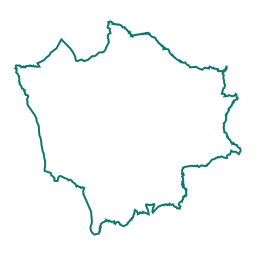 Mafeteng, Mafeteng, Lesotho (Albers equal-area conic projection)
{"feature_id": "5366337B69820143482286", "entity_name": "Mafeteng", "entity_type": "district", "adm_level": 2, "iso_a3": "LSO", "parent_name": "Lesotho", "parent_adm1": "Mafeteng", "projection": "albers", "projection_center": [27.27, -29.817], "detail": "fine", "context": "isolated", "style": "outline", "palette": "teal", "viewbox_px": 256, "rotation_deg": 0, "n_neighbors": 0, "source": "geoboundaries", "source_scale": "gbopen_adm2", "svg_char_len": 5769}
<svg xmlns="http://www.w3.org/2000/svg" viewBox="0 0 256 256"><path d="M110.2,21.4L108.2,22.2L108.3,22.7L109.0,23.6L107.7,26.2L107.6,27.2L107.8,27.7L110.0,28.9L109.6,30.2L110.5,33.1L109.2,33.7L107.9,35.0L107.8,37.4L108.6,39.6L108.4,40.8L109.0,41.9L105.9,48.0L105.6,49.4L103.9,51.7L102.9,52.3L99.1,52.4L95.6,55.7L93.7,56.3L92.3,56.1L87.8,59.9L84.2,61.1L81.4,59.5L77.9,61.0L75.9,60.6L75.0,56.4L73.1,52.5L70.4,48.6L61.4,39.4L56.5,48.4L50.5,52.8L49.2,55.5L46.6,57.3L43.8,60.4L37.5,63.2L39.4,66.6L37.2,66.8L35.5,66.3L34.8,66.6L33.9,66.3L33.5,65.7L32.9,66.3L31.7,66.2L31.3,65.8L30.8,66.0L30.0,65.4L29.3,65.9L26.4,66.0L26.3,66.5L25.1,67.4L24.7,67.3L24.7,66.8L23.5,67.2L23.2,66.6L21.3,67.3L20.8,66.2L19.7,65.5L19.0,65.7L16.9,65.4L15.9,65.6L15.8,68.0L15.4,68.4L16.7,68.9L16.4,69.6L16.7,70.6L16.1,72.2L17.8,74.0L19.0,76.6L19.3,78.8L19.1,81.7L19.7,82.4L19.6,84.0L21.5,86.6L21.9,88.3L23.7,89.4L24.1,90.4L24.6,90.4L24.1,91.1L25.1,92.6L24.9,93.5L25.4,93.6L25.8,95.1L27.8,95.3L28.3,96.3L27.0,99.4L27.6,102.4L27.3,103.4L27.8,105.2L34.9,115.3L36.3,118.4L36.7,121.3L38.7,125.8L39.4,135.3L40.4,137.5L41.1,140.8L41.5,145.0L42.8,151.8L43.5,152.9L44.5,159.1L44.9,159.9L45.2,164.8L44.6,169.3L44.7,170.9L50.9,173.0L51.4,175.2L53.7,177.2L54.6,178.5L54.2,179.7L54.5,180.8L56.8,181.1L57.6,180.8L58.3,177.6L59.7,176.1L60.6,176.0L64.9,178.2L67.1,178.8L68.5,180.3L69.7,179.7L71.6,180.5L72.6,182.1L74.5,183.1L75.6,184.6L76.4,186.5L77.6,185.7L79.1,186.9L80.2,187.0L81.0,188.0L82.4,187.2L84.2,188.0L83.2,190.9L83.3,193.8L90.9,211.2L91.2,212.8L91.9,221.6L91.8,223.2L90.5,226.7L90.7,229.8L91.9,232.4L94.4,234.6L98.8,233.5L99.7,231.6L99.4,231.5L99.5,230.5L100.2,229.9L99.6,228.3L100.7,227.6L100.1,226.7L100.6,226.2L100.4,225.9L101.0,223.8L102.8,222.4L104.7,221.7L105.1,221.1L106.0,221.2L106.7,220.6L106.5,220.1L107.5,220.7L108.3,220.6L108.6,221.3L109.4,220.7L111.3,221.9L114.2,221.4L114.2,223.3L115.3,223.9L115.9,222.6L118.1,221.8L119.1,222.5L119.9,224.4L120.5,224.4L120.8,224.9L123.4,226.2L126.5,224.8L127.7,223.8L128.1,222.9L127.9,222.7L128.6,222.3L131.0,219.3L131.6,219.5L131.8,218.0L132.6,217.9L133.3,216.5L133.6,214.6L134.4,213.5L134.6,210.7L135.1,209.9L136.9,211.5L137.8,213.1L137.8,214.1L139.2,213.5L140.0,212.4L141.2,213.1L142.8,212.9L142.8,211.9L148.7,214.3L148.2,210.9L146.0,205.1L146.4,204.4L149.7,205.0L151.7,204.9L153.9,204.0L154.3,204.4L153.7,205.8L153.8,206.5L153.0,208.0L152.5,210.6L152.4,211.4L152.9,212.5L158.3,206.7L161.5,205.3L162.7,205.2L163.1,204.8L163.8,205.2L164.2,204.8L164.5,205.1L166.1,204.2L167.4,205.1L167.9,204.5L169.1,205.0L169.5,203.8L171.3,204.9L173.0,204.5L174.3,206.5L176.6,207.3L177.1,208.4L178.6,208.2L179.6,208.7L180.4,206.3L179.4,205.7L178.7,204.6L179.4,202.8L181.2,201.6L181.9,201.6L181.8,200.8L183.0,199.3L183.3,196.6L184.2,196.8L184.7,195.7L185.7,196.2L186.5,194.4L186.0,193.1L186.1,190.9L186.5,190.2L185.6,189.7L185.9,188.8L184.6,188.5L184.0,187.0L183.3,187.4L182.9,187.2L183.1,186.7L182.5,185.6L183.2,185.4L182.3,184.5L183.0,184.3L182.1,183.6L182.3,183.1L182.5,183.3L183.1,183.0L182.4,181.8L183.3,181.6L182.9,179.3L183.0,178.3L182.2,176.7L182.6,176.6L183.2,175.2L183.6,175.2L183.5,174.1L183.4,173.8L182.5,174.6L182.0,174.0L182.3,169.3L183.3,168.3L183.2,167.6L184.9,166.9L191.6,165.8L196.5,166.2L197.2,165.5L198.9,167.0L201.1,165.5L202.1,165.4L204.3,166.1L206.3,165.8L206.9,164.9L207.2,165.1L207.3,164.6L208.7,163.8L211.9,159.7L214.6,158.9L216.2,157.8L217.5,157.7L217.8,157.0L219.5,157.3L221.4,156.4L224.3,157.7L226.9,158.1L227.1,155.8L228.2,154.7L230.1,154.5L231.2,150.7L232.9,151.8L235.9,151.8L238.8,154.2L240.6,150.8L240.5,149.1L239.7,148.0L238.3,147.5L236.8,145.0L234.6,144.5L234.4,144.1L232.9,143.9L233.0,143.5L232.4,143.8L232.5,143.0L232.1,143.2L231.1,142.4L230.1,140.0L228.3,138.4L228.1,137.5L227.6,137.6L227.1,136.9L227.4,136.2L227.2,135.2L226.3,133.2L225.7,132.6L224.4,132.4L224.3,130.3L223.9,129.9L223.9,128.4L223.6,128.1L223.5,127.4L224.2,125.9L223.7,123.3L225.0,122.4L226.2,119.5L225.9,118.0L226.3,116.4L225.7,115.4L225.8,114.9L226.6,114.7L226.3,113.7L227.6,112.5L228.7,110.6L228.9,109.9L228.5,109.2L228.9,108.3L229.5,108.3L230.6,106.6L231.5,106.2L231.7,104.8L232.7,103.6L232.5,102.8L233.6,102.4L233.2,101.8L233.8,101.5L233.8,100.6L235.1,100.3L236.5,99.2L237.3,99.4L237.7,98.0L236.5,96.7L236.5,94.8L235.7,94.0L235.5,94.5L233.7,96.0L231.9,96.2L229.4,95.2L228.5,95.3L227.7,96.1L224.5,96.3L225.2,95.0L224.9,94.4L223.7,93.8L221.8,93.7L223.4,88.3L224.3,88.0L224.6,87.3L225.0,84.8L224.2,83.1L224.1,81.0L223.3,77.6L223.8,75.1L222.6,74.0L222.7,73.0L226.1,69.5L226.6,68.1L226.6,65.7L225.7,68.9L223.1,70.8L221.9,71.2L220.0,71.1L218.9,71.4L217.8,70.8L217.7,70.2L218.1,70.0L218.0,69.2L213.5,68.5L213.4,67.9L212.9,68.2L209.7,66.6L209.2,67.3L209.0,68.5L205.1,67.8L203.7,68.3L202.3,69.8L198.4,68.3L196.4,66.9L190.0,67.3L188.8,65.5L186.7,64.4L185.0,62.4L184.6,62.7L182.9,62.7L181.9,62.2L181.6,61.7L181.0,61.6L180.7,62.0L179.4,61.0L179.9,60.6L176.7,59.4L174.5,57.2L173.5,56.8L173.4,56.2L171.9,55.2L172.2,54.8L171.0,54.3L169.5,52.5L169.5,51.7L168.7,49.6L167.6,49.2L166.7,49.3L165.9,48.8L164.2,49.0L164.1,48.6L164.8,48.3L164.7,47.7L163.8,47.6L163.4,48.2L163.3,46.7L162.5,46.2L162.4,45.6L161.4,45.7L161.0,44.6L159.2,43.6L158.7,42.7L158.2,42.5L158.1,41.8L155.8,39.4L155.5,38.1L154.0,37.2L153.3,37.4L151.5,36.4L149.9,34.8L149.6,33.6L147.8,32.8L147.4,33.2L147.6,33.9L147.2,33.9L146.4,33.0L145.9,33.0L145.4,33.9L144.5,33.5L143.7,34.0L143.0,33.6L142.4,34.2L141.1,33.8L140.5,34.3L137.0,34.6L136.4,34.9L135.2,34.8L134.7,35.4L132.9,35.5L132.6,36.6L132.0,36.3L131.9,35.3L131.0,35.8L131.1,34.6L128.9,33.0L130.1,32.2L129.9,31.9L127.9,31.1L126.7,29.5L125.3,28.8L124.5,27.1L123.0,27.5L121.9,26.6L121.6,25.6L119.5,24.7L118.3,24.4L117.5,24.8L115.4,24.0L114.4,24.3L113.7,23.6L113.2,24.0L112.4,23.9L112.5,23.0L111.7,22.2L110.2,21.4Z" fill="none" stroke="#0f766e" stroke-width="2"/></svg>